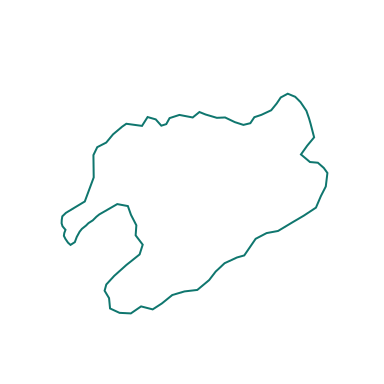 outline of Margi, Nicosia, Cyprus, rotated 225°
{"feature_id": "46923920B34513672792511", "entity_name": "Margi", "entity_type": "district", "adm_level": 2, "iso_a3": "CYP", "parent_name": "Cyprus", "parent_adm1": "Nicosia", "projection": "equal_earth", "projection_center": [33.327, 35.024], "detail": "fine", "context": "isolated", "style": "outline", "palette": "teal", "viewbox_px": 384, "rotation_deg": 225, "n_neighbors": 0, "source": "geoboundaries", "source_scale": "gbopen_adm2", "svg_char_len": 1285}
<svg xmlns="http://www.w3.org/2000/svg" viewBox="0 0 384 384"><g transform="rotate(225 192 192)"><path d="M266.4,88.2L266.5,83.1L264.4,80.2L262.1,77.7L259.3,76.2L254.7,75.8L253.3,72.7L251.6,70.4L248.2,69.3L243.8,68.5L240.5,68.7L239.4,73.7L241.7,78.7L243.4,84.5L243.8,88.1L243.2,93.3L243.2,96.8L242.1,101.8L242.1,106.9L241.7,110.6L236.3,130.6L227.4,136.7L219.0,132.7L207.8,129.1L201.2,121.5L189.6,119.9L184.9,110.8L186.8,94.0L187.7,77.7L187.2,66.0L184.0,60.4L175.6,58.3L167.6,51.7L157.8,55.3L149.4,62.9L147.1,75.1L136.8,81.2L134.5,91.9L133.1,105.2L127.0,116.4L119.0,126.5L117.6,141.8L119.0,152.5L118.6,164.7L113.9,177.5L110.2,184.1L113.9,203.9L110.2,215.7L103.6,225.3L99.4,242.1L96.2,254.4L93.3,268.6L98.0,280.3L101.3,290.5L109.7,301.2L115.8,302.2L123.7,301.7L129.8,296.6L141.5,295.6L143.3,306.3L144.3,317.0L156.4,324.1L161.1,326.7L168.5,330.3L178.8,332.3L186.3,332.3L193.8,329.2L196.1,321.6L194.7,314.5L193.8,305.8L197.5,295.6L200.8,289.0L199.4,281.9L203.1,275.8L211.1,271.7L221.3,268.1L226.9,262.0L237.2,256.4L243.3,253.8L244.2,245.2L255.4,237.6L260.1,228.4L258.2,221.8L260.6,217.2L269.0,217.7L276.4,213.6L274.1,203.4L286.7,193.8L287.6,188.7L288.6,177.0L287.6,166.3L290.7,156.7L287.8,148.4L271.8,132.8L261.1,109.5L266.4,88.2Z" fill="none" stroke="#0f766e" stroke-width="2"/></g></svg>